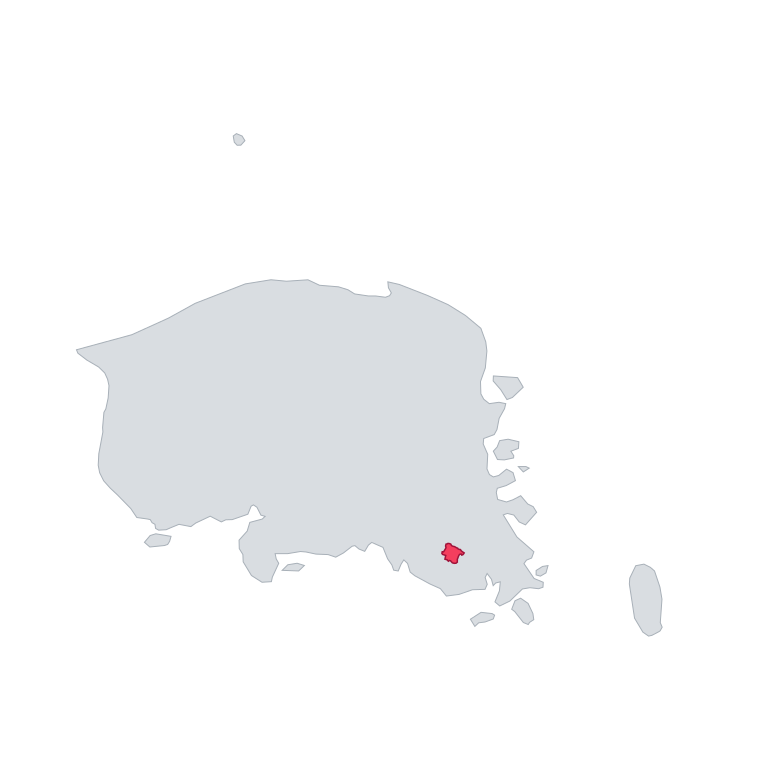 location of Gwangsan-gu, South Jeolla, South Korea, rotated 278°
{"feature_id": "91817680B16538338684661", "entity_name": "Gwangsan-gu", "entity_type": "district", "adm_level": 2, "iso_a3": "KOR", "parent_name": "South Korea", "parent_adm1": "South Jeolla", "projection": "mercator", "projection_center": [126.761, 35.15], "detail": "fine", "context": "in_parent", "style": "filled", "palette": "rose", "viewbox_px": 768, "rotation_deg": 278, "n_neighbors": 0, "source": "geoboundaries", "source_scale": "gbopen_adm2", "svg_char_len": 4055}
<svg xmlns="http://www.w3.org/2000/svg" viewBox="0 0 768 768"><g transform="rotate(278 384 384)"><path d="M214.4,173.6L217.2,171.4L217.4,168.2L217.4,157.8L225.5,150.5L237.0,135.6L242.7,127.5L249.1,119.9L256.5,114.8L263.8,112.3L275.3,111.3L297.4,112.3L301.7,111.4L317.0,110.6L320.6,112.0L331.8,112.8L344.1,111.9L350.3,109.6L356.1,105.9L361.1,99.1L366.3,86.5L371.9,76.6L375.1,74.7L397.7,127.4L419.2,161.3L437.6,185.8L463.8,232.7L471.5,257.6L472.2,273.1L476.6,294.2L472.8,306.4L473.9,325.4L472.3,335.2L469.1,342.4L469.0,356.2L470.0,363.6L470.1,373.4L472.2,377.2L475.2,378.6L479.9,375.0L485.7,373.6L484.7,385.3L477.7,414.9L471.5,436.4L463.2,455.1L452.6,472.2L439.9,478.9L431.0,481.3L414.0,482.1L399.9,479.2L387.7,481.3L382.8,484.9L379.2,491.0L381.9,500.4L381.5,507.3L376.3,506.8L366.0,502.8L354.6,502.2L349.3,500.2L343.9,490.3L338.4,490.6L328.8,496.5L314.2,497.8L309.0,501.0L307.2,505.2L309.4,510.4L316.7,517.2L314.2,524.1L306.6,527.6L300.4,519.1L296.5,510.7L292.2,510.3L285.5,512.6L284.2,521.7L287.3,527.8L292.4,534.9L285.2,543.0L283.3,548.8L278.2,553.0L264.2,543.7L266.2,537.1L272.3,530.8L273.0,524.2L271.0,520.3L251.0,536.9L238.7,555.8L232.2,554.4L229.4,549.6L225.6,547.6L212.3,559.7L209.8,569.3L204.9,569.7L202.8,565.6L202.6,556.9L200.3,549.6L186.6,538.9L180.3,529.5L183.7,524.2L195.2,527.1L204.3,526.7L202.5,522.3L199.5,520.2L205.6,517.6L210.7,512.5L206.5,511.1L200.0,514.1L194.7,512.6L192.6,500.3L186.1,487.6L182.7,475.3L189.2,468.3L192.4,457.2L198.4,441.2L201.4,436.1L209.6,432.3L212.6,428.1L208.0,426.0L200.8,424.1L201.0,419.5L205.9,417.0L211.4,411.9L222.1,405.7L225.4,393.9L222.3,391.0L215.6,388.2L217.1,382.2L219.9,377.7L218.9,375.0L211.0,367.3L205.8,360.3L207.3,352.4L206.1,340.3L206.8,330.1L206.5,324.6L202.6,312.2L200.9,299.8L195.8,301.6L191.8,304.7L177.2,300.3L172.6,300.0L170.7,290.8L175.9,279.4L188.3,269.3L195.5,268.0L200.8,263.6L209.2,262.2L219.3,269.0L228.3,270.4L233.3,282.2L236.4,284.7L237.0,280.4L244.3,275.3L246.1,271.5L244.5,269.4L236.1,267.3L228.6,252.6L227.5,246.2L224.8,242.1L228.9,230.3L220.1,216.9L215.9,212.6L216.5,200.5L212.0,192.8L209.4,188.6L207.9,181.2L209.2,177.9L213.2,176.7L214.4,173.6ZM186.1,690.8L181.9,693.3L178.0,691.8L177.0,690.7L172.4,684.3L171.2,681.1L174.3,674.9L187.0,664.7L220.1,654.8L226.0,654.4L239.1,658.6L241.8,666.5L239.5,673.3L236.5,677.9L221.3,685.5L209.6,689.2L186.1,690.8ZM408.9,515.4L400.2,522.3L388.5,513.0L385.7,507.9L394.6,500.4L402.2,491.7L407.2,491.2L408.9,515.4ZM346.6,514.6L345.6,525.6L339.0,526.1L335.1,519.0L331.0,522.5L328.8,522.6L325.6,513.7L325.0,506.9L332.7,501.6L337.3,504.8L344.0,506.4L346.6,514.6ZM177.4,563.4L171.5,565.1L168.2,561.3L165.9,560.3L167.2,555.2L176.8,545.2L178.7,541.8L187.6,543.9L190.9,549.1L186.8,557.2L177.4,563.4ZM203.9,178.9L203.5,194.3L198.4,193.6L195.0,192.1L193.5,189.1L190.0,174.8L193.9,168.8L201.4,173.5L203.9,178.9ZM171.7,523.0L170.5,525.7L166.5,524.9L162.4,517.2L160.7,511.0L156.6,507.7L163.1,502.3L171.4,511.9L171.7,523.0ZM194.4,322.9L193.2,330.4L187.0,325.5L185.3,309.1L191.6,313.9L194.4,322.9ZM609.8,209.0L605.6,212.4L600.6,209.0L600.0,205.3L602.6,202.1L608.6,200.2L611.4,203.0L609.8,209.0ZM225.4,566.4L227.0,571.7L219.5,570.7L215.5,565.6L216.1,561.2L220.5,560.6L225.4,566.4ZM322.0,536.0L320.9,539.5L316.3,534.2L320.9,528.5L322.0,536.0Z" fill="#d9dde1" stroke="#a8b0b8" stroke-width="1"/><path d="M227.9,486.9L229.0,484.6L229.6,483.7L230.4,483.0L230.7,482.7L230.7,481.5L231.0,480.3L231.7,479.8L231.9,478.6L232.4,477.5L232.8,476.5L232.9,474.9L233.2,473.7L233.8,473.0L234.7,472.5L235.0,471.5L235.1,470.4L235.0,469.4L234.4,468.8L234.2,467.8L233.9,467.7L232.1,467.5L231.0,468.1L229.9,468.0L228.5,467.4L227.1,466.8L226.1,466.3L226.0,465.0L224.3,464.9L223.4,465.7L223.2,466.8L222.8,469.0L221.5,468.9L219.0,468.7L218.7,471.0L218.0,471.6L217.7,472.2L217.5,472.5L218.3,473.1L218.2,474.5L217.4,475.4L216.4,476.6L216.2,478.4L216.5,480.2L217.8,481.4L218.0,481.3L218.3,481.3L219.5,481.2L220.6,481.0L222.2,481.4L223.8,481.7L225.2,482.2L226.1,483.0L226.3,484.3L225.4,484.8L225.9,485.8L227.1,486.6L227.9,486.9Z" fill="#f43f5e" stroke="#9f1239" stroke-width="1.5"/></g></svg>